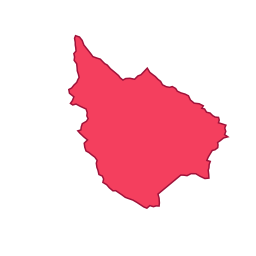 Agudos do Sul, Paraná, Brazil, rotated 124°
{"feature_id": "56859067B40410407425041", "entity_name": "Agudos do Sul", "entity_type": "district", "adm_level": 2, "iso_a3": "BRA", "parent_name": "Brazil", "parent_adm1": "Paraná", "projection": "robinson", "projection_center": [-49.317, -26.04], "detail": "fine", "context": "isolated", "style": "filled", "palette": "rose", "viewbox_px": 256, "rotation_deg": 124, "n_neighbors": 0, "source": "geoboundaries", "source_scale": "gbopen_adm2", "svg_char_len": 1853}
<svg xmlns="http://www.w3.org/2000/svg" viewBox="0 0 256 256"><g transform="rotate(124 128 128)"><path d="M126.9,36.0L124.3,32.9L121.4,35.1L118.1,37.9L115.8,38.6L112.9,40.3L109.7,41.1L110.8,44.5L107.5,45.2L102.5,45.5L99.5,45.6L97.4,43.7L94.1,42.6L91.7,43.9L89.9,45.6L86.4,44.3L82.8,43.2L79.5,40.3L79.5,44.2L76.2,45.0L73.9,47.8L70.9,48.4L72.1,52.7L73.1,55.9L70.4,56.8L68.6,58.9L70.2,61.8L70.4,64.7L69.7,68.3L71.0,71.7L69.4,75.2L70.4,77.8L67.5,78.0L68.1,82.6L70.4,87.0L69.9,91.9L67.5,95.9L68.0,99.7L69.3,103.8L69.9,107.7L68.6,110.6L68.9,114.5L71.0,116.2L72.4,119.4L72.9,123.6L71.1,127.1L70.9,130.3L70.1,134.0L69.9,137.8L69.7,141.0L67.6,145.5L76.6,147.0L79.3,148.9L83.9,149.8L85.7,154.2L88.3,157.6L91.1,159.0L90.8,162.5L89.8,165.2L89.3,169.7L88.7,175.8L87.4,180.4L87.7,183.3L87.0,186.7L86.4,189.4L87.5,193.2L88.5,197.1L87.4,200.0L86.0,204.3L85.0,207.5L83.9,211.0L81.0,215.0L79.7,219.1L80.8,223.1L83.5,222.5L86.4,219.7L88.7,218.1L90.8,216.1L93.3,214.1L96.6,214.5L99.0,212.0L102.0,210.5L103.5,206.4L106.5,203.9L109.0,202.0L111.1,199.3L113.4,196.8L115.9,196.6L118.9,196.0L122.6,196.8L126.4,197.1L129.2,198.6L131.9,196.0L132.4,190.3L136.5,189.4L139.8,189.5L139.8,186.7L137.2,184.5L136.7,179.6L135.7,173.4L138.0,170.4L141.0,168.9L142.5,166.3L145.7,166.2L150.0,168.3L153.1,167.4L156.0,166.0L158.4,168.0L159.2,164.9L160.1,159.5L160.5,154.9L165.1,155.8L168.1,153.1L170.5,150.0L170.2,146.5L170.5,143.3L170.7,139.2L172.1,135.5L174.9,134.6L178.0,131.8L179.8,129.3L182.8,126.1L182.2,122.4L183.9,119.7L187.2,118.4L186.9,114.0L188.0,110.0L188.5,105.4L186.8,103.1L186.8,100.1L186.8,95.7L187.0,91.5L186.2,88.2L185.0,83.6L184.7,78.9L184.6,70.6L183.9,67.5L180.1,66.5L179.0,62.9L176.9,61.2L175.3,58.6L172.5,60.1L168.7,63.1L166.0,66.2L137.5,57.9L135.8,55.2L134.5,52.4L130.6,50.2L128.0,46.2L127.7,41.1L126.9,36.0Z" fill="#f43f5e" stroke="#9f1239" stroke-width="1.5"/></g></svg>